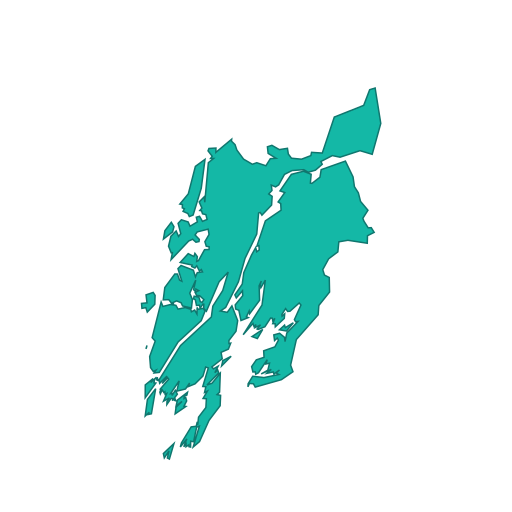 the district of Nærøy nor, Nord-Trøndelag, Norway, rotated 321°
{"feature_id": "86288312B32212303283583", "entity_name": "Nærøy nor", "entity_type": "district", "adm_level": 2, "iso_a3": "NOR", "parent_name": "Norway", "parent_adm1": "Nord-Trøndelag", "projection": "mercator", "projection_center": [11.614, 64.899], "detail": "fine", "context": "isolated", "style": "filled", "palette": "teal", "viewbox_px": 512, "rotation_deg": 321, "n_neighbors": 0, "source": "geoboundaries", "source_scale": "gbopen_adm2", "svg_char_len": 6121}
<svg xmlns="http://www.w3.org/2000/svg" viewBox="0 0 512 512"><g transform="rotate(321 256 256)"><path d="M352.3,209.4L345.1,202.3L345.3,197.1L348.2,192.1L341.1,188.0L338.0,180.0L333.6,178.3L330.0,183.9L333.1,192.7L328.4,189.4L320.5,192.1L315.3,184.0L310.9,182.4L307.3,172.9L307.8,161.6L309.8,156.3L309.2,151.3L310.6,149.9L290.0,150.2L292.8,146.9L287.1,142.8L284.9,144.1L284.7,150.9L282.1,151.6L284.4,153.5L277.7,153.5L250.0,182.0L253.0,177.4L245.9,178.2L244.1,184.7L241.0,185.3L242.1,186.5L241.0,189.6L243.1,192.3L241.0,196.8L236.2,195.4L237.1,189.6L234.0,188.3L231.9,192.6L223.5,191.3L224.7,186.8L220.8,180.9L216.0,181.6L211.6,191.3L208.1,192.1L209.7,186.3L202.3,187.1L194.2,193.3L192.1,200.2L193.1,200.8L187.7,205.4L213.1,202.0L217.3,203.1L218.0,207.5L220.8,208.9L222.4,207.4L221.9,201.3L225.5,200.3L235.7,205.0L233.1,209.7L225.3,212.7L223.5,217.1L225.4,219.4L223.6,221.4L220.0,218.7L208.4,223.4L206.5,222.9L210.0,219.6L210.2,215.5L207.4,217.3L204.8,211.5L193.0,213.3L200.7,222.9L199.4,223.7L200.9,226.9L203.8,226.3L202.6,232.1L205.0,232.1L204.4,234.7L199.9,232.0L195.8,234.1L198.4,227.6L191.8,216.2L187.4,216.7L182.5,228.9L181.4,226.7L183.6,220.6L181.6,218.9L165.3,223.1L156.3,231.7L160.7,235.0L160.7,239.6L166.0,240.9L168.4,245.2L167.5,248.6L173.1,255.8L179.2,249.8L181.1,243.2L194.0,236.8L186.3,242.9L186.7,245.9L188.5,243.9L189.7,246.9L185.8,245.9L185.0,249.3L187.2,251.4L188.1,257.1L184.9,258.1L184.0,256.4L185.7,252.1L182.6,248.3L180.5,250.0L181.3,251.8L178.6,257.0L181.1,258.7L179.7,261.4L184.6,260.0L185.1,260.6L182.4,263.8L182.7,267.7L211.1,252.8L224.3,251.0L208.4,261.9L190.9,267.8L182.9,275.3L141.0,278.1L102.9,291.2L101.6,290.8L102.7,288.6L101.6,287.9L100.9,290.0L102.2,292.3L101.0,294.3L111.3,293.3L102.9,296.1L110.7,295.0L110.7,296.8L97.1,299.3L98.5,299.5L95.6,301.3L94.9,302.9L98.8,301.1L98.5,304.2L99.7,304.2L98.3,306.3L100.1,306.7L92.8,310.6L99.4,311.8L95.3,313.0L93.3,315.3L100.4,313.2L102.2,315.2L101.3,315.0L99.9,315.6L102.9,315.6L101.8,316.9L102.6,318.1L103.4,315.0L107.9,313.9L108.8,309.6L103.0,311.5L104.4,310.1L102.9,309.2L117.7,304.7L109.4,311.2L117.5,315.0L124.5,312.9L121.3,314.9L128.2,317.0L139.2,315.9L147.0,310.6L148.5,313.0L132.5,323.9L134.8,326.0L130.1,329.7L133.2,330.4L125.2,333.4L127.6,335.7L121.7,342.2L109.9,345.1L104.3,350.7L106.0,347.9L102.4,350.7L98.1,348.0L80.5,354.3L77.0,356.8L87.2,354.6L79.8,358.8L83.3,358.2L81.6,360.2L85.0,360.5L83.9,362.0L84.9,363.3L88.7,358.8L90.6,361.1L102.1,351.7L104.9,352.6L87.0,364.9L95.3,364.7L116.0,354.2L133.9,349.8L140.8,342.0L138.5,339.2L142.0,338.9L154.5,324.6L141.7,327.2L136.7,325.4L153.5,323.4L154.5,320.4L150.6,320.8L157.2,317.8L151.9,316.9L151.9,314.4L165.1,314.6L168.2,308.9L175.9,311.0L181.5,307.8L179.9,307.0L181.8,304.6L193.1,301.9L201.1,294.7L205.9,279.6L198.2,281.7L193.7,276.3L200.0,276.9L226.1,265.0L245.9,251.0L270.4,239.4L285.1,224.2L286.7,224.8L286.3,228.0L300.2,226.2L306.1,219.8L304.9,215.8L309.7,215.1L312.5,210.5L314.7,214.6L318.4,215.0L329.5,210.5L337.8,212.3L347.5,219.0L349.3,223.8L356.2,226.7L365.2,226.4L365.9,223.4L378.5,226.0L383.5,232.1L403.1,239.6L410.3,250.1L436.4,231.5L454.3,200.4L449.0,198.3L434.5,206.7L404.3,197.3L372.3,217.7L364.4,210.4L361.8,212.5L352.3,209.4ZM385.2,238.5L361.0,229.9L355.3,235.0L345.2,234.8L344.1,233.6L350.3,227.2L346.2,220.0L334.9,214.8L315.6,220.5L318.3,224.8L307.2,227.9L308.2,230.8L304.3,236.2L285.4,234.6L262.9,248.9L264.8,249.7L262.4,253.3L259.2,253.2L261.0,249.3L253.0,252.5L236.1,261.2L227.6,269.2L215.1,272.9L214.3,276.2L223.6,274.5L220.7,278.5L209.1,280.9L206.8,284.4L208.5,287.4L203.7,296.7L211.2,299.0L210.3,297.2L216.1,294.4L214.7,296.9L230.9,292.7L239.7,281.1L244.4,278.8L241.2,280.8L239.8,283.7L248.1,280.6L229.8,297.9L196.5,309.1L211.2,306.5L210.1,309.5L212.9,309.3L210.1,311.0L216.2,312.4L210.9,313.4L211.4,314.4L218.4,316.6L228.3,313.4L229.5,314.6L228.3,316.8L231.4,316.3L226.4,319.1L228.3,320.7L226.4,323.2L238.7,322.3L241.9,319.0L238.4,319.2L239.3,317.7L245.9,315.5L245.7,319.0L247.6,320.3L260.0,319.7L260.1,322.4L245.8,329.6L245.4,332.0L247.5,333.3L231.5,335.2L224.7,340.8L227.0,337.2L225.7,330.9L220.2,328.5L217.2,333.4L220.9,333.2L220.5,335.5L213.5,338.5L202.3,334.5L198.5,339.8L190.9,336.9L183.0,339.2L180.6,344.2L182.5,345.5L181.4,347.7L184.4,348.3L199.5,343.6L195.8,346.2L199.1,347.8L193.3,352.2L185.8,350.9L196.5,353.7L190.6,354.0L196.4,357.0L195.6,359.0L202.5,359.4L198.0,359.5L199.2,362.5L185.7,355.5L177.8,347.4L169.5,350.3L167.4,352.6L170.7,350.9L173.6,353.7L172.9,357.4L197.9,368.1L211.9,369.2L214.2,362.6L234.8,346.3L267.3,340.8L273.7,334.0L290.5,330.3L299.4,318.8L297.2,313.9L299.3,308.6L310.7,303.9L322.2,304.3L329.3,297.1L337.3,301.6L350.5,316.1L355.4,310.4L362.7,312.0L363.4,306.5L360.9,304.7L361.8,296.9L362.8,293.9L371.8,290.9L371.6,279.4L375.3,271.3L376.1,264.1L381.2,255.6L385.2,238.5ZM153.3,232.1L123.9,254.1L124.1,258.7L110.1,267.2L103.8,276.4L103.5,281.1L106.4,281.8L103.2,282.8L107.6,285.6L141.3,273.8L172.7,271.8L181.8,266.7L182.0,263.4L177.3,260.9L177.9,258.9L173.6,263.9L174.3,259.4L170.7,258.7L171.8,256.4L168.5,251.5L162.0,248.2L162.7,243.9L160.3,241.3L162.3,241.4L151.9,236.6L153.3,232.1ZM265.3,148.2L242.5,165.1L229.5,167.7L231.2,169.7L229.0,172.2L230.1,174.2L227.4,175.4L229.8,180.1L229.0,183.4L232.9,184.6L256.1,168.9L277.2,148.8L265.3,148.2ZM153.2,219.6L146.1,217.0L141.8,223.8L137.2,220.8L134.4,224.9L137.9,226.8L136.2,231.2L147.0,229.8L152.8,223.1L153.2,219.6ZM94.5,296.0L81.3,299.2L69.2,310.6L74.7,310.2L72.6,311.4L75.4,312.8L94.5,296.0ZM104.3,318.5L99.6,322.2L107.0,322.5L98.7,323.2L93.8,327.8L106.8,328.8L105.5,327.4L110.9,325.0L112.3,321.7L110.4,321.5L112.1,319.7L114.7,320.6L117.0,318.8L104.3,318.5ZM98.9,286.5L88.8,286.5L80.7,296.4L98.2,291.7L96.8,290.3L100.3,287.7L94.5,288.1L98.9,286.5ZM211.4,176.5L201.1,179.0L194.7,184.6L206.3,184.8L210.7,181.6L211.4,176.5ZM74.2,350.1L59.7,351.2L57.7,355.2L65.7,352.7L60.0,357.2L60.9,359.3L74.2,350.1ZM234.7,327.7L227.8,328.1L232.5,333.5L243.0,331.4L233.7,330.1L234.7,327.7ZM215.0,317.3L202.2,316.1L205.1,321.0L215.0,317.3ZM173.6,318.3L164.4,316.4L160.1,319.8L173.6,318.3ZM112.0,258.9L113.0,258.4L115.0,256.9L112.0,258.9Z" fill="#14b8a6" stroke="#0f766e" stroke-width="1.5"/></g></svg>